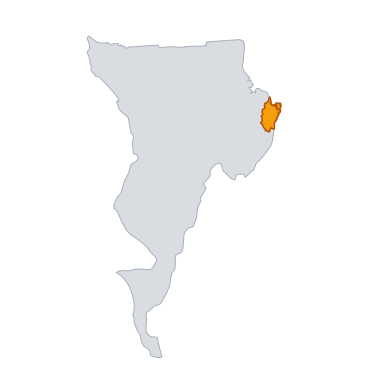 Ndian, Sud-Ouest, Cameroon shown in context, rotated 176°
{"feature_id": "32672807B48556267066765", "entity_name": "Ndian", "entity_type": "district", "adm_level": 2, "iso_a3": "CMR", "parent_name": "Cameroon", "parent_adm1": "Sud-Ouest", "projection": "natural_earth1", "projection_center": [8.796, 4.86], "detail": "fine", "context": "in_parent", "style": "filled", "palette": "amber", "viewbox_px": 384, "rotation_deg": 176, "n_neighbors": 0, "source": "geoboundaries", "source_scale": "gbopen_adm2", "svg_char_len": 6934}
<svg xmlns="http://www.w3.org/2000/svg" viewBox="0 0 384 384"><g transform="rotate(176 192 192)"><path d="M98.7,266.9L99.5,264.7L104.8,254.3L108.1,237.6L109.6,233.7L111.2,231.1L118.9,222.3L121.7,219.5L125.9,216.2L128.9,209.7L129.9,209.0L131.2,208.5L137.8,203.0L138.4,204.0L138.8,205.4L139.3,206.0L141.5,206.4L144.4,206.4L146.1,206.0L147.1,204.8L148.0,201.8L148.5,201.2L149.2,201.1L152.4,203.2L157.8,209.2L159.1,210.3L159.7,211.5L160.9,217.0L161.5,218.3L162.7,218.9L164.7,218.5L166.9,217.6L168.8,216.2L170.6,214.4L171.9,212.7L172.5,211.5L172.7,207.0L173.2,206.0L180.1,199.5L179.9,198.9L178.8,197.1L177.7,195.1L178.8,193.0L179.8,191.4L183.8,186.0L184.1,182.1L187.3,176.0L189.1,167.8L189.1,166.3L193.3,157.3L197.7,156.5L199.4,155.3L201.3,153.0L202.6,151.0L203.2,149.0L203.6,145.2L204.4,140.9L204.8,137.1L206.2,133.6L208.4,131.8L212.2,130.4L212.8,129.7L213.3,127.3L213.8,119.6L214.5,116.2L218.0,112.3L219.5,106.3L220.9,99.9L224.9,92.3L229.6,84.6L231.8,82.6L233.6,81.7L235.7,81.6L237.2,81.0L242.2,77.2L244.3,75.9L245.9,74.6L246.3,73.4L246.4,71.8L245.9,67.8L246.8,64.9L247.3,60.5L247.5,57.0L247.3,55.8L246.3,53.7L244.8,51.6L242.2,50.2L238.7,49.9L236.9,49.1L236.2,45.1L235.9,42.6L233.5,29.3L237.9,29.3L243.3,30.9L244.6,32.1L245.3,36.6L247.3,39.2L250.6,41.3L252.8,45.7L253.6,52.4L255.5,56.4L255.9,57.0L258.6,64.5L258.8,68.0L258.6,70.3L259.7,73.2L258.1,78.1L257.6,81.2L257.5,85.4L258.5,92.9L260.1,98.7L261.8,103.4L263.6,107.0L266.7,111.0L270.0,114.7L273.0,117.0L270.2,118.3L264.8,118.5L261.7,117.7L260.2,117.7L258.7,118.2L252.9,118.9L247.1,118.6L241.6,117.6L238.3,117.8L235.8,120.0L233.8,123.4L231.9,126.0L232.5,129.0L234.0,130.6L236.8,134.2L239.3,137.6L240.6,140.0L245.7,145.1L250.5,149.6L252.8,151.2L253.7,151.5L256.3,154.1L260.0,158.4L263.3,165.1L268.1,178.5L269.1,179.7L270.7,180.4L270.9,181.8L270.8,183.9L270.3,185.6L266.6,192.6L263.3,195.3L262.3,197.0L261.1,201.0L258.1,209.0L256.9,210.1L253.9,215.5L251.5,222.4L250.9,223.4L250.0,224.3L246.5,225.9L245.3,226.8L243.6,228.9L243.4,230.3L244.2,232.2L245.1,233.8L247.0,233.8L247.9,235.2L248.0,245.8L247.2,247.4L247.2,248.1L246.8,249.9L246.7,251.9L246.9,252.8L247.6,253.4L248.6,254.8L249.1,258.1L250.3,269.5L250.9,271.3L251.8,272.5L254.9,275.0L258.0,278.2L259.1,280.3L259.7,283.8L260.9,286.5L260.9,287.4L260.4,287.8L258.4,288.0L259.0,290.0L260.7,293.4L268.8,304.0L276.7,313.4L278.5,314.0L279.9,314.3L280.4,314.8L281.2,316.2L283.8,319.6L284.2,321.6L283.7,323.5L284.3,326.4L284.7,327.5L284.6,328.4L284.9,332.0L285.6,335.1L286.8,337.8L286.6,339.7L285.1,340.7L284.2,342.5L284.0,344.9L284.4,347.8L285.6,351.3L285.6,353.4L283.7,354.7L281.6,352.4L279.3,350.7L275.9,347.9L272.4,346.9L267.9,346.7L265.9,347.1L262.6,344.8L261.5,344.5L260.1,345.4L259.0,345.5L257.8,345.1L255.2,345.2L254.9,343.5L254.5,343.2L251.7,343.4L250.9,342.0L250.5,342.2L249.4,341.7L247.2,339.8L244.9,341.1L240.0,340.9L215.5,340.9L214.9,339.1L213.7,338.2L211.5,338.1L205.0,338.5L200.0,338.2L196.7,337.5L192.5,337.1L187.4,337.4L182.2,337.4L172.8,336.9L167.6,337.0L167.7,338.1L167.4,338.8L167.1,340.7L133.8,340.7L131.1,339.4L130.3,338.6L130.1,337.0L129.4,336.8L129.9,330.1L131.1,324.5L131.5,319.4L133.1,314.7L132.2,310.2L131.3,308.2L126.3,301.7L128.6,299.2L125.5,299.5L124.9,297.1L123.4,294.2L124.3,293.8L125.2,292.2L127.9,292.7L127.8,291.9L125.5,289.5L125.7,288.2L126.7,286.9L126.2,286.3L124.5,287.7L123.3,287.7L122.3,286.7L121.6,286.6L122.0,288.4L121.1,290.1L120.2,290.7L118.6,290.6L117.3,290.2L117.0,289.2L115.8,288.5L112.5,287.3L109.7,285.8L109.1,281.9L108.0,280.2L107.6,278.3L107.3,276.0L107.7,272.7L107.0,272.1L106.2,271.9L104.9,272.1L103.8,271.9L102.5,270.0L101.3,269.3L102.0,272.8L101.2,273.7L99.2,273.5L98.3,272.1L98.2,271.2L99.1,267.0L98.7,266.9Z" fill="#d9dde1" stroke="#a8b0b8" stroke-width="1"/><path d="M109.1,278.8L109.4,277.9L109.7,277.5L110.4,276.6L111.1,276.0L111.4,275.8L112.2,275.4L112.7,275.6L113.0,275.5L113.3,275.1L113.4,274.8L113.4,274.0L113.4,273.3L113.6,273.1L113.9,272.8L113.7,272.5L113.6,272.4L113.4,271.8L113.3,271.5L113.3,271.1L113.8,270.4L115.2,269.8L116.0,269.1L116.2,268.0L116.3,267.3L116.4,267.0L116.5,266.5L116.2,265.7L116.2,265.4L116.1,265.1L116.0,264.5L116.2,264.1L116.6,263.9L117.1,263.6L117.5,263.2L117.5,262.6L117.4,262.3L117.3,261.7L117.1,261.3L117.0,260.6L117.1,260.0L117.1,259.2L116.9,258.4L117.1,257.7L117.5,257.2L118.1,257.0L118.5,256.7L118.7,256.4L118.3,255.4L117.2,254.9L116.5,252.2L115.4,250.5L114.9,249.8L114.4,249.0L114.4,247.9L113.8,247.8L112.9,247.7L112.3,247.2L112.0,247.0L111.3,246.7L111.2,246.6L110.2,247.0L110.2,247.5L110.1,248.0L109.9,248.3L109.4,249.9L109.3,250.1L108.9,250.3L108.7,250.4L108.2,249.9L105.8,248.9L105.7,249.1L105.4,250.3L105.3,250.8L105.1,251.6L105.2,252.4L105.2,252.9L105.2,253.3L105.2,253.7L105.2,254.4L105.2,254.7L104.9,255.0L104.8,255.4L104.6,255.7L104.6,255.8L104.4,256.2L104.2,256.6L103.9,256.8L103.4,257.0L103.4,257.3L103.2,257.4L103.1,257.6L102.8,257.8L102.7,258.3L102.5,258.6L102.6,258.9L102.3,259.0L102.4,259.3L102.2,259.4L101.9,259.8L101.9,260.0L102.2,260.0L102.3,260.2L102.2,260.3L101.9,260.5L101.6,260.9L101.5,261.0L101.5,261.3L101.3,261.5L101.1,261.5L101.1,261.8L101.2,262.1L101.1,262.3L100.5,262.5L100.4,262.6L100.2,263.0L99.9,263.4L99.9,263.7L100.1,263.8L100.4,264.2L100.5,264.4L100.6,264.9L100.2,265.1L99.8,265.5L99.6,265.6L99.4,265.6L99.2,265.5L99.1,265.2L98.9,265.1L98.7,265.2L98.5,265.5L98.3,265.8L98.1,266.6L98.0,267.0L98.0,267.7L98.3,267.7L98.5,267.6L98.6,267.9L98.7,268.1L98.8,268.3L99.0,268.6L99.0,268.8L98.9,268.8L98.8,269.0L98.7,269.0L98.6,269.3L98.4,269.5L97.9,269.6L97.8,269.8L97.7,270.1L97.6,270.3L97.4,270.6L97.3,271.0L97.7,271.5L97.8,271.7L98.0,272.0L97.9,272.4L98.0,272.5L97.8,272.5L97.7,272.5L97.4,272.5L97.2,272.5L97.3,272.8L97.4,274.0L97.5,274.1L97.7,274.3L97.8,274.3L98.0,274.3L98.4,274.4L98.7,274.6L99.0,274.7L99.7,274.6L99.9,274.6L100.3,274.6L100.6,274.7L101.2,274.7L101.6,274.8L101.9,274.8L102.1,274.7L102.3,274.6L102.6,274.1L102.6,273.9L102.4,274.0L102.4,273.9L102.4,273.6L102.4,273.4L102.0,273.0L101.9,273.0L101.8,272.9L101.7,272.9L101.7,272.6L101.5,272.3L101.4,271.8L101.4,271.5L101.4,270.8L101.2,269.8L101.1,269.5L100.7,269.0L100.7,268.9L100.7,268.4L100.7,268.2L100.9,268.0L101.0,268.6L101.1,268.9L101.2,269.1L101.4,269.1L101.4,269.3L101.6,269.4L101.7,269.5L101.8,269.8L102.1,270.3L102.2,270.6L102.4,270.9L102.2,270.8L102.3,271.5L102.4,271.8L102.5,272.0L102.8,272.4L103.1,272.5L103.3,272.6L103.5,272.8L104.0,273.4L104.3,273.3L104.5,273.3L104.6,273.1L104.8,272.9L105.1,272.6L105.4,272.6L105.5,272.7L105.5,272.9L105.8,272.8L105.7,272.9L105.7,273.0L105.8,273.2L106.1,273.4L106.2,273.5L106.3,273.6L106.5,273.4L106.8,273.7L106.9,274.0L107.2,274.1L107.4,274.4L107.1,274.9L107.0,275.0L107.2,275.4L107.3,275.5L107.1,275.5L106.9,275.6L106.8,275.9L106.8,276.2L106.8,276.3L106.8,276.5L106.8,276.8L107.0,277.2L107.1,277.7L107.0,278.0L107.2,278.6L107.3,278.9L107.5,279.3L107.5,279.5L107.4,279.9L107.4,280.1L107.4,280.3L107.5,280.4L107.8,280.9L108.1,281.2L109.1,278.8Z" fill="#f59e0b" stroke="#b45309" stroke-width="1.5"/></g></svg>